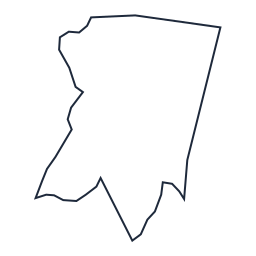 outline of Viçosa, Rio Grande do Norte, Brazil
{"feature_id": "56859067B18888799469795", "entity_name": "Viçosa", "entity_type": "district", "adm_level": 2, "iso_a3": "BRA", "parent_name": "Brazil", "parent_adm1": "Rio Grande do Norte", "projection": "natural_earth1", "projection_center": [-37.965, -5.993], "detail": "fine", "context": "isolated", "style": "outline", "palette": "slate", "viewbox_px": 256, "rotation_deg": 0, "n_neighbors": 0, "source": "geoboundaries", "source_scale": "gbopen_adm2", "svg_char_len": 526}
<svg xmlns="http://www.w3.org/2000/svg" viewBox="0 0 256 256"><path d="M187.3,160.0L220.4,27.4L135.2,15.4L91.1,17.4L87.1,25.8L79.1,32.5L68.8,31.7L59.9,37.3L59.1,49.7L69.3,67.8L75.6,86.9L82.9,92.1L71.1,107.6L67.7,119.3L71.7,129.5L55.4,157.0L47.0,168.9L42.1,181.0L35.6,198.1L46.2,194.7L54.1,195.3L63.2,200.1L76.4,201.0L85.8,194.7L96.4,186.6L100.6,178.0L132.3,240.6L140.8,234.3L147.4,219.6L154.9,211.5L161.2,194.7L162.8,182.3L172.1,183.8L179.3,191.4L184.1,199.0L187.3,160.0Z" fill="none" stroke="#1e293b" stroke-width="2"/></svg>